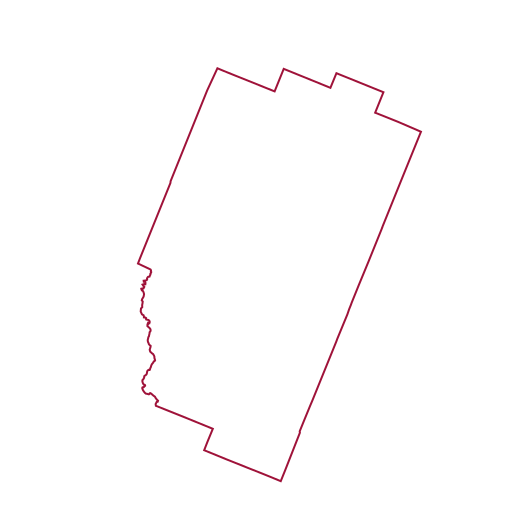 Teton, Wyoming, United States of America (Equal Earth projection), rotated 202°
{"feature_id": "52423323B3751484868396", "entity_name": "Teton", "entity_type": "district", "adm_level": 2, "iso_a3": "USA", "parent_name": "United States of America", "parent_adm1": "Wyoming", "projection": "equal_earth", "projection_center": [-110.362, 43.951], "detail": "fine", "context": "isolated", "style": "outline", "palette": "rose", "viewbox_px": 512, "rotation_deg": 202, "n_neighbors": 0, "source": "geoboundaries", "source_scale": "gbopen_adm2", "svg_char_len": 2852}
<svg xmlns="http://www.w3.org/2000/svg" viewBox="0 0 512 512"><g transform="rotate(202 256 256)"><path d="M149.7,381.0L149.6,433.0L174.7,433.6L199.2,433.5L199.2,455.6L249.9,455.6L250.0,439.8L300.4,439.9L300.4,415.6L343.0,415.5L355.3,415.5L362.1,415.6L363.3,391.2L363.2,293.4L362.7,291.6L362.7,239.4L362.7,235.6L362.7,210.4L362.6,204.8L348.8,204.0L348.0,203.4L347.6,202.0L347.1,201.8L347.1,200.9L347.3,199.9L346.9,199.2L347.1,198.3L347.0,197.0L348.3,196.2L348.6,195.2L348.6,194.2L348.2,193.7L348.3,192.6L349.3,191.9L350.9,191.0L350.4,190.1L349.4,190.6L348.4,189.7L348.0,188.3L349.0,187.8L349.3,188.0L350.5,187.0L349.1,186.0L348.0,185.5L348.2,183.8L349.0,183.5L350.1,182.7L349.7,182.1L348.9,181.4L348.4,181.7L346.8,180.4L345.5,178.7L345.0,176.2L345.4,173.5L345.3,172.1L344.0,171.4L343.5,169.6L343.2,167.9L342.3,165.9L343.0,164.3L342.1,161.3L339.9,159.2L338.0,158.9L337.1,157.7L336.9,157.1L335.5,157.5L334.7,157.3L334.6,156.7L334.0,156.0L331.7,156.4L330.5,155.9L329.8,155.0L329.7,153.9L330.2,153.9L330.4,154.2L330.5,154.1L330.4,153.7L330.1,153.3L329.9,153.1L330.0,153.2L330.3,152.8L330.4,152.6L330.7,152.7L330.8,152.6L330.8,152.4L330.8,152.1L330.9,152.4L331.0,152.5L331.0,152.4L331.0,152.0L330.7,151.7L330.8,151.5L330.8,151.3L330.6,151.0L330.5,150.4L329.3,149.9L327.8,149.4L326.5,148.6L325.9,147.7L325.7,146.5L326.1,145.5L325.6,143.9L325.5,142.9L325.2,141.5L325.4,140.4L325.1,139.0L325.0,137.9L324.6,136.8L323.9,135.8L322.8,134.8L322.3,134.1L321.1,133.5L320.1,133.3L319.7,132.3L319.7,131.5L319.5,130.3L319.5,129.4L318.7,128.2L318.1,127.6L316.9,127.2L316.2,126.9L315.6,126.7L314.6,126.5L313.9,125.9L313.3,125.5L312.5,124.6L312.0,123.4L311.4,122.7L310.5,121.5L310.7,120.5L311.3,120.0L311.4,118.6L312.0,116.7L312.1,115.3L311.9,113.6L312.0,112.5L311.9,111.5L311.8,110.7L312.0,110.4L312.5,110.2L312.8,110.3L313.3,109.7L313.5,109.2L313.7,108.4L313.5,107.6L313.2,106.0L313.2,105.2L313.7,104.1L314.5,103.1L314.5,102.4L314.1,101.1L314.3,100.3L314.3,99.4L314.8,98.4L314.5,97.4L313.6,96.1L312.5,95.1L311.7,94.7L311.1,94.9L310.5,94.7L310.2,94.2L310.3,93.9L310.6,93.3L310.8,92.7L311.1,92.2L311.6,92.1L312.1,91.5L311.9,90.7L310.7,89.4L309.2,88.3L307.5,87.4L306.3,87.1L305.6,87.4L304.4,87.5L303.5,87.6L303.0,88.3L303.1,88.9L302.9,89.0L302.5,89.3L302.2,89.2L301.4,89.1L300.2,88.6L298.7,88.1L297.0,87.7L295.8,86.7L294.8,86.1L293.8,85.6L292.6,85.1L292.6,84.0L293.4,83.6L293.6,81.1L292.7,79.6L259.9,79.7L231.3,79.6L231.4,65.3L231.3,56.5L207.6,56.4L184.2,56.5L167.1,56.6L160.3,56.6L148.7,56.5L148.7,68.0L149.1,108.6L149.8,109.8L149.8,119.8L149.8,120.4L149.7,137.3L149.6,143.2L149.5,206.8L149.6,209.6L149.5,224.1L149.5,224.7L149.5,224.8L149.4,236.0L149.7,241.6L149.7,246.2L149.8,248.6L149.8,267.2L149.6,293.0L149.6,317.8L149.6,319.2L149.6,328.8L149.7,329.3L149.6,329.6L149.7,330.7L149.7,336.8L149.7,358.1L149.7,381.0Z" fill="none" stroke="#9f1239" stroke-width="2"/></g></svg>